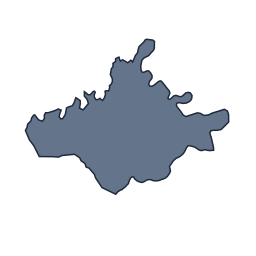 Paso de los Toros, Tacuarembó, Uruguay (Albers equal-area conic projection), rotated 223°
{"feature_id": "84410073B41725704042311", "entity_name": "Paso de los Toros", "entity_type": "district", "adm_level": 2, "iso_a3": "URY", "parent_name": "Uruguay", "parent_adm1": "Tacuarembó", "projection": "albers", "projection_center": [-56.519, -32.72], "detail": "fine", "context": "isolated", "style": "filled", "palette": "slate", "viewbox_px": 256, "rotation_deg": 223, "n_neighbors": 0, "source": "geoboundaries", "source_scale": "gbopen_adm2", "svg_char_len": 3353}
<svg xmlns="http://www.w3.org/2000/svg" viewBox="0 0 256 256"><g transform="rotate(223 128 128)"><path d="M91.8,71.2L91.8,71.7L91.9,72.5L91.8,73.3L92.0,73.5L91.9,73.8L92.0,74.4L91.9,74.9L91.6,75.4L91.6,76.3L91.2,77.2L91.1,77.9L90.9,78.1L90.7,78.3L90.4,78.7L90.3,78.9L90.3,79.2L90.4,79.6L90.4,80.0L90.2,80.9L90.1,81.6L89.9,82.0L89.8,83.6L89.8,84.0L89.9,84.7L89.8,85.3L89.9,86.0L89.8,86.9L89.8,87.5L89.9,87.8L90.9,89.8L91.6,91.7L91.9,92.8L92.0,93.4L91.8,94.4L91.6,95.0L91.3,95.5L91.0,95.7L90.5,95.9L89.9,95.8L88.9,95.5L88.0,95.3L85.8,95.5L84.8,95.6L84.2,95.8L83.2,96.4L82.2,96.8L81.3,97.2L80.7,97.7L80.2,98.4L79.5,100.0L79.0,102.0L78.3,103.6L77.3,104.8L76.0,105.8L74.0,106.5L72.0,107.9L70.5,109.5L69.2,111.3L68.5,113.0L67.3,115.0L66.5,117.0L66.2,119.3L66.6,122.7L67.4,125.2L69.0,126.6L70.8,127.6L71.7,129.1L71.8,131.0L72.4,133.7L72.4,136.2L72.1,138.7L70.8,141.8L70.4,144.2L70.1,146.7L70.4,148.8L71.0,151.1L71.7,153.1L72.0,155.8L70.8,157.1L68.4,158.4L66.3,159.5L63.7,160.0L60.9,160.4L58.8,161.6L57.8,163.3L56.7,164.8L54.5,166.0L52.7,167.3L51.6,168.6L50.2,170.1L52.3,172.2L60.9,178.0L64.6,179.9L65.5,182.6L64.2,184.3L60.8,187.6L58.9,190.4L58.6,194.9L58.5,201.1L63.8,206.6L66.9,208.2L70.3,207.4L72.5,203.4L76.6,196.3L78.0,192.5L81.0,189.0L85.2,188.0L87.7,186.3L93.5,175.8L96.4,175.1L101.3,176.2L104.9,176.7L107.2,177.1L108.7,178.3L109.0,179.0L109.0,180.1L107.5,181.7L104.8,183.3L102.4,185.9L101.1,189.3L101.0,191.1L101.5,193.0L103.3,195.4L106.4,196.2L108.4,195.0L109.7,193.0L110.0,188.4L110.7,187.0L111.6,186.2L115.2,184.6L116.5,182.4L116.6,179.1L116.8,177.9L117.4,177.2L118.2,176.9L119.0,177.0L119.5,177.7L120.0,179.1L121.1,182.0L123.0,183.2L124.5,183.4L133.0,184.7L133.3,184.7L135.4,185.0L136.7,184.4L136.8,184.0L137.5,182.3L138.0,177.8L138.8,175.1L139.7,174.1L140.8,173.6L141.8,173.8L142.8,174.2L144.1,177.0L144.4,180.6L145.9,182.6L148.9,183.7L151.6,183.9L153.0,182.9L154.1,180.2L154.8,179.2L155.4,178.6L156.4,178.6L158.1,179.4L160.8,181.9L163.9,186.7L164.1,188.5L164.0,190.3L162.2,195.2L162.4,198.7L162.4,201.9L162.4,202.5L163.2,204.4L165.5,206.9L167.7,209.4L169.8,209.2L174.9,205.6L175.5,204.3L175.4,203.6L175.1,202.1L175.3,197.2L175.4,195.1L174.0,192.2L172.6,190.0L172.3,189.4L172.1,187.1L172.1,186.3L169.6,179.4L172.1,179.6L172.7,175.5L175.8,174.9L178.5,174.2L179.1,171.8L180.5,172.2L182.9,173.7L183.7,172.2L184.3,170.2L182.5,168.3L183.1,165.0L180.9,162.8L180.5,159.9L177.3,155.0L173.2,153.4L171.0,151.2L170.1,148.3L170.5,146.4L168.7,144.7L167.5,141.9L169.5,140.2L169.9,139.3L167.4,137.2L165.9,134.0L165.4,130.8L167.4,130.5L168.7,130.6L169.7,127.7L171.1,126.9L173.8,127.7L175.0,128.8L176.4,131.8L177.6,132.1L178.4,130.8L178.3,128.2L178.3,126.5L180.0,125.1L182.1,125.1L184.7,124.8L181.7,121.6L177.3,121.0L173.6,118.8L173.3,113.2L173.2,110.6L177.1,109.5L179.6,113.5L181.8,115.5L186.8,114.6L185.9,112.5L184.6,109.6L183.9,106.3L185.9,102.8L186.6,100.7L184.0,96.6L183.0,94.9L182.2,90.3L183.4,88.8L186.1,89.3L187.7,92.1L189.1,95.5L192.0,94.3L193.3,90.9L195.3,87.3L196.9,84.6L198.7,83.0L197.9,80.1L195.7,78.1L195.2,74.6L198.8,73.0L201.8,73.4L205.1,74.0L205.8,73.0L205.3,69.5L203.9,67.3L204.0,62.5L202.2,59.4L201.3,56.2L192.3,52.2L184.4,50.7L173.4,46.6L163.4,55.8L159.0,59.3L157.4,63.0L149.2,72.3L143.0,73.3L139.9,72.0L135.3,72.7L132.1,70.9L129.0,72.1L121.0,71.2L117.5,69.3L106.3,66.7L91.8,71.2Z" fill="#64748b" stroke="#1e293b" stroke-width="1.5"/></g></svg>